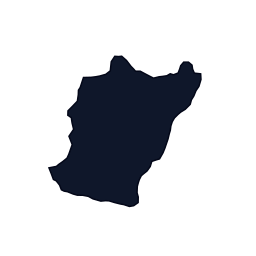 Eptakomi, Cyprus (Mercator projection), rotated 145°
{"feature_id": "46923920B67887725742244", "entity_name": "Eptakomi", "entity_type": "district", "adm_level": 2, "iso_a3": "CYP", "parent_name": "Cyprus", "parent_adm1": "", "projection": "mercator", "projection_center": [34.034, 35.451], "detail": "fine", "context": "isolated", "style": "filled", "palette": "ink", "viewbox_px": 256, "rotation_deg": 145, "n_neighbors": 0, "source": "geoboundaries", "source_scale": "gbopen_adm2", "svg_char_len": 1350}
<svg xmlns="http://www.w3.org/2000/svg" viewBox="0 0 256 256"><g transform="rotate(145 128 128)"><path d="M135.5,194.9L143.9,188.6L146.9,187.4L149.6,183.8L154.1,179.0L162.2,177.4L167.3,176.5L170.0,172.9L168.5,169.0L170.9,164.2L173.3,158.1L181.1,155.1L183.2,146.4L187.4,143.4L191.6,140.4L195.2,138.3L200.6,137.9L205.7,137.9L208.7,137.6L215.6,140.7L217.1,134.3L218.6,128.6L217.1,125.9L216.8,120.5L218.0,115.6L216.5,112.9L214.1,110.5L210.8,105.4L208.1,102.1L203.6,98.8L199.7,94.8L197.3,90.0L194.6,86.7L192.2,83.7L188.0,81.3L185.3,79.2L181.7,74.6L177.8,70.1L175.4,67.7L171.8,62.9L167.9,61.1L162.5,61.1L159.2,65.6L157.7,69.8L155.9,72.2L153.8,74.9L150.8,77.4L148.4,79.2L144.5,81.3L141.5,81.6L137.0,81.9L131.9,83.7L127.7,87.0L123.5,85.8L119.9,84.6L113.6,87.6L109.4,90.3L101.6,96.0L97.4,99.7L94.7,101.8L91.7,105.1L88.1,107.8L84.2,109.6L79.1,110.5L75.8,110.8L70.4,110.5L63.5,111.7L59.9,114.7L55.7,116.5L50.9,119.6L46.1,121.4L40.4,125.9L37.4,130.7L42.2,134.9L41.3,139.2L39.5,142.8L40.7,147.3L44.6,150.0L49.1,148.8L51.8,146.7L55.4,144.3L60.2,145.5L62.3,148.2L66.2,148.5L70.4,150.6L73.1,152.1L78.5,154.2L80.6,158.1L83.3,163.3L85.4,167.5L89.3,170.2L89.6,173.2L90.2,176.8L90.5,184.1L92.0,190.4L94.7,191.9L97.7,194.3L103.7,191.9L109.7,185.0L115.4,184.7L121.4,186.8L125.3,188.6L129.2,190.7L135.5,194.9Z" fill="#0f172a" stroke="#020617" stroke-width="1.5"/></g></svg>